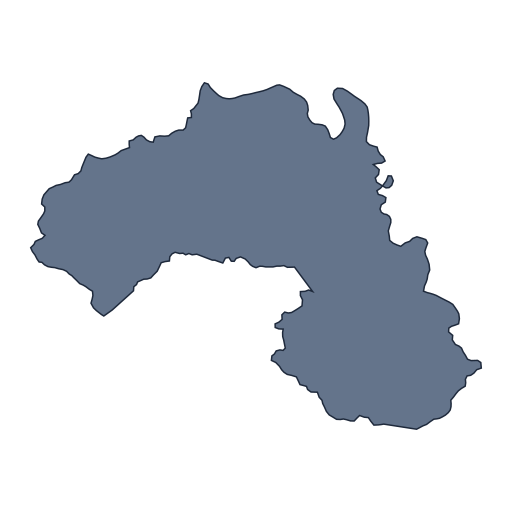 Porto União, Santa Catarina, Brazil
{"feature_id": "56859067B45353158898051", "entity_name": "Porto União", "entity_type": "district", "adm_level": 2, "iso_a3": "BRA", "parent_name": "Brazil", "parent_adm1": "Santa Catarina", "projection": "mercator", "projection_center": [-51.004, -26.394], "detail": "fine", "context": "isolated", "style": "filled", "palette": "slate", "viewbox_px": 512, "rotation_deg": 0, "n_neighbors": 0, "source": "geoboundaries", "source_scale": "gbopen_adm2", "svg_char_len": 5044}
<svg xmlns="http://www.w3.org/2000/svg" viewBox="0 0 512 512"><path d="M30.7,247.7L32.4,251.5L35.0,255.0L37.1,259.1L39.1,262.0L41.9,262.3L44.5,264.8L47.9,266.6L51.7,267.3L54.8,267.6L58.5,268.7L63.0,269.6L66.6,271.3L69.2,274.0L71.8,275.6L73.7,277.6L76.5,280.3L79.7,283.6L83.2,285.1L85.9,286.7L89.3,289.3L92.5,291.2L92.9,295.5L92.1,299.3L91.0,303.2L93.5,307.8L96.4,310.6L98.7,312.4L101.4,314.5L103.8,316.0L112.2,310.0L133.5,290.8L133.8,286.7L136.5,284.6L137.6,281.9L140.6,280.6L143.7,279.2L147.2,279.0L150.8,277.9L153.4,275.0L157.2,271.2L159.4,266.6L161.2,262.7L165.0,261.6L169.4,261.0L169.8,256.7L172.1,253.8L175.1,252.3L179.7,253.5L183.0,253.2L185.7,254.8L188.9,253.5L192.1,254.8L196.8,254.2L212.2,260.1L214.9,260.2L218.4,261.5L222.8,263.0L225.4,258.1L228.9,257.4L231.3,261.2L234.2,261.3L236.2,258.4L240.5,256.9L245.2,259.0L248.1,261.8L250.3,264.6L252.6,266.3L256.0,267.7L259.7,266.2L262.5,266.3L265.7,266.9L269.5,266.9L273.1,266.9L276.8,266.1L280.2,266.1L283.9,265.6L287.4,267.3L294.5,267.1L312.6,291.5L308.6,290.0L305.2,291.3L300.4,291.6L300.4,295.6L302.5,299.8L302.0,305.9L297.7,308.8L294.3,310.9L291.6,312.5L288.3,313.0L284.7,312.1L281.9,314.8L282.1,319.4L278.8,322.2L275.1,323.9L275.2,327.5L278.8,328.9L283.2,329.1L282.6,332.5L282.7,336.5L283.7,340.1L284.4,343.7L285.3,348.1L283.1,350.4L279.9,349.9L276.2,350.9L274.4,354.0L271.9,355.9L271.4,360.4L275.8,362.5L279.5,366.3L281.6,369.7L284.0,372.3L287.2,374.4L291.7,375.4L296.4,376.9L298.5,381.3L300.0,384.6L303.8,385.6L306.5,386.4L307.6,389.5L311.0,392.0L317.4,392.2L319.2,397.3L322.0,400.3L322.7,403.5L324.3,406.7L326.4,411.4L329.2,414.9L332.6,416.9L336.5,419.3L340.3,419.5L343.4,419.0L346.5,419.7L350.5,420.9L354.2,421.0L357.0,418.0L359.6,415.5L364.3,417.2L368.4,417.6L370.7,421.1L373.9,425.1L378.1,424.9L380.9,424.6L383.7,424.1L401.1,426.8L416.6,429.2L419.1,427.9L422.8,425.9L426.6,424.4L430.0,421.8L433.8,419.2L436.9,418.8L439.5,418.3L442.3,416.9L445.4,415.1L448.3,412.6L450.2,410.0L451.0,406.7L451.1,403.5L450.8,400.2L453.6,396.9L456.1,393.5L458.4,390.8L461.5,388.4L465.2,386.2L465.7,382.8L465.4,379.3L467.1,375.9L470.7,375.3L473.9,373.1L476.7,369.7L481.3,368.1L480.8,362.5L477.6,360.4L474.5,360.5L471.1,360.6L467.5,359.2L465.4,355.3L463.1,351.8L461.5,348.1L459.0,346.1L455.4,344.5L452.3,339.9L452.7,335.4L448.6,331.9L448.8,328.1L451.5,326.3L454.9,325.2L458.6,323.8L459.4,318.7L458.8,313.9L457.5,311.3L455.6,308.4L452.8,304.4L449.2,302.1L445.8,300.4L441.7,298.3L439.2,297.0L436.2,295.4L433.0,294.2L430.0,293.3L427.2,292.6L423.5,291.2L424.5,285.9L426.2,282.1L427.2,279.0L427.8,274.8L429.7,270.0L429.1,264.3L427.4,259.1L425.6,255.3L424.8,251.5L425.9,247.9L427.7,243.0L425.8,239.6L422.1,238.3L416.9,236.8L412.7,238.4L409.6,241.4L405.2,242.9L400.8,246.3L397.1,245.0L393.1,243.2L389.7,240.4L389.3,236.3L388.3,230.9L389.7,226.0L390.8,222.6L390.8,219.4L389.4,216.4L386.7,214.5L384.0,214.0L381.3,212.3L380.0,209.0L381.3,204.7L385.3,202.1L385.9,197.6L382.5,195.6L378.3,194.4L376.9,190.7L380.3,188.4L382.5,185.9L376.6,182.2L375.3,177.9L378.5,174.5L379.2,169.7L376.0,166.7L373.3,164.5L377.5,163.4L381.6,163.1L385.1,161.0L383.2,156.8L380.3,154.5L378.2,151.1L377.1,147.1L373.7,146.2L369.4,144.7L366.4,141.6L366.5,137.2L367.5,132.7L368.7,125.6L368.8,121.1L368.7,117.3L368.4,113.7L367.9,110.3L367.2,107.1L364.9,103.9L361.0,100.6L358.3,98.8L354.6,96.4L351.9,94.4L347.3,91.1L342.6,88.5L337.4,88.2L334.3,90.5L333.2,94.4L334.0,99.0L335.6,101.6L337.2,104.2L339.1,107.1L341.0,110.6L342.5,113.5L343.5,116.4L344.7,120.1L345.1,124.1L344.1,128.2L342.3,131.5L340.1,134.6L336.6,137.8L333.5,139.2L330.4,137.5L329.2,133.6L327.7,129.7L325.3,126.1L322.1,124.8L318.4,124.3L314.8,124.1L312.0,122.7L309.9,120.2L307.9,116.9L307.3,113.5L308.2,110.1L307.7,105.5L306.6,102.1L304.3,99.0L300.6,96.2L297.2,94.5L293.3,92.3L289.7,89.2L283.7,86.4L279.6,84.9L276.8,85.2L273.6,86.6L269.9,88.2L267.0,89.5L263.2,90.8L259.2,91.8L255.7,92.6L251.9,93.6L248.2,94.4L243.6,95.0L238.7,96.6L234.9,98.0L232.2,98.5L229.3,98.8L226.1,98.5L222.6,97.7L218.8,95.6L216.3,93.4L213.5,90.8L210.3,87.5L208.1,84.0L204.4,82.8L201.8,86.6L200.2,90.8L199.6,95.0L198.9,99.5L198.0,103.2L195.8,105.9L193.8,108.5L190.6,110.7L191.4,113.8L191.4,117.5L187.7,117.9L187.0,121.2L186.3,124.8L185.6,127.8L183.1,130.1L178.7,130.1L175.3,131.2L171.6,133.3L168.7,135.8L164.6,136.2L159.8,135.9L154.9,136.9L153.2,142.2L149.8,141.7L146.4,139.9L144.0,137.2L141.3,135.4L138.6,135.9L136.1,137.2L133.2,139.9L129.2,141.0L129.2,144.4L129.5,147.6L125.6,149.0L121.2,150.6L118.0,153.1L115.2,154.8L110.3,156.9L106.1,158.2L101.7,158.8L98.0,158.0L94.8,157.1L91.9,155.7L88.3,154.1L86.0,157.2L83.4,163.5L81.8,167.5L80.9,170.9L78.2,173.6L74.5,174.8L71.4,179.9L68.9,182.2L65.2,182.7L60.4,184.5L56.1,185.4L52.8,187.1L49.2,188.7L46.6,191.7L43.9,194.8L42.2,199.1L41.6,204.0L44.8,207.0L44.8,211.0L43.5,213.9L41.0,217.5L38.4,221.1L37.8,224.4L39.7,228.3L41.5,232.9L45.0,235.3L42.3,238.3L38.4,239.9L35.3,241.4L34.0,244.4L30.7,247.7ZM382.5,185.9L386.0,187.9L389.1,187.6L391.7,185.3L393.3,180.8L391.4,176.0L388.2,175.8L386.3,180.7L382.5,185.9Z" fill="#64748b" stroke="#1e293b" stroke-width="1.5"/></svg>